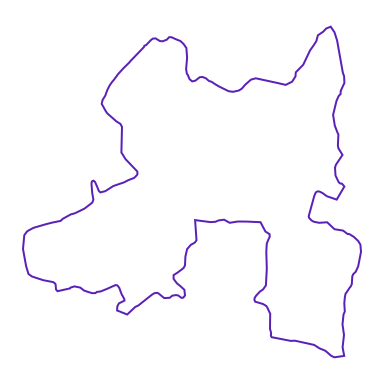 outline of Cuilapa, Santa Rosa, Guatemala
{"feature_id": "79465075B18848858610216", "entity_name": "Cuilapa", "entity_type": "district", "adm_level": 2, "iso_a3": "GTM", "parent_name": "Guatemala", "parent_adm1": "Santa Rosa", "projection": "natural_earth1", "projection_center": [-90.29, 14.248], "detail": "fine", "context": "isolated", "style": "outline", "palette": "violet", "viewbox_px": 384, "rotation_deg": 0, "n_neighbors": 0, "source": "geoboundaries", "source_scale": "gbopen_adm2", "svg_char_len": 3337}
<svg xmlns="http://www.w3.org/2000/svg" viewBox="0 0 384 384"><path d="M28.5,274.0L32.0,276.5L43.3,280.2L53.2,282.1L55.2,283.6L55.6,284.5L56.0,289.4L57.5,291.2L70.0,288.4L70.5,287.6L74.5,286.4L80.3,287.6L84.1,290.6L91.8,293.1L95.4,293.1L96.9,291.9L100.5,291.5L106.7,289.0L115.4,285.1L117.4,285.4L119.3,287.9L119.8,289.3L120.7,291.8L121.9,294.8L123.0,296.5L123.6,297.9L124.3,299.1L124.5,300.6L118.9,303.4L117.3,306.5L117.1,310.5L127.2,314.5L135.3,306.9L138.2,305.6L150.4,295.9L151.6,295.0L152.5,294.3L153.8,293.6L154.8,293.1L156.1,292.9L157.4,292.9L158.5,293.4L164.2,298.1L169.7,297.8L172.2,295.7L175.9,295.1L178.1,295.4L181.5,297.9L183.3,297.6L185.0,295.5L184.4,289.8L180.0,285.8L176.9,283.3L174.4,280.0L173.6,278.8L173.6,275.1L177.4,272.7L183.5,268.1L185.0,265.4L185.4,256.6L187.1,249.1L189.4,246.5L190.8,244.8L194.7,242.7L196.5,240.3L195.1,220.1L210.4,222.1L215.4,221.8L218.7,220.4L224.1,219.7L229.7,222.8L237.8,221.5L247.3,221.6L260.5,222.2L265.4,231.5L269.6,234.2L269.7,236.8L268.5,239.3L266.8,243.4L266.3,251.6L266.8,268.8L265.9,285.4L263.0,289.5L260.0,291.5L256.1,295.7L254.7,297.8L254.4,299.9L255.2,301.7L263.0,304.0L266.3,306.0L267.3,307.5L270.2,313.8L270.0,328.9L271.1,332.8L270.9,335.9L271.7,337.2L290.8,340.9L294.9,340.7L314.1,344.9L319.4,348.3L325.3,350.7L331.3,355.9L334.4,357.3L344.2,355.9L342.6,347.3L344.0,334.9L342.5,324.4L343.5,314.6L344.8,311.5L344.3,303.1L344.9,296.9L345.5,293.9L346.9,291.9L349.8,287.5L350.8,286.4L351.8,284.1L352.3,276.3L353.3,274.1L355.7,271.8L358.2,266.3L361.0,251.9L360.4,244.6L358.2,241.0L354.0,237.0L349.4,234.1L347.6,234.0L343.1,230.6L334.5,229.2L327.2,222.3L319.0,222.8L313.7,221.7L311.6,220.5L309.2,218.0L308.7,216.2L311.7,205.3L314.2,196.2L315.4,193.2L316.4,191.9L317.2,191.5L318.2,191.4L319.6,191.6L322.6,193.1L326.8,196.2L336.7,199.6L344.4,186.5L341.9,183.6L340.2,183.5L338.7,182.2L335.5,175.5L335.0,167.6L335.9,164.8L342.5,154.9L338.4,148.3L337.9,145.5L338.4,134.4L337.6,132.9L334.8,125.6L333.1,114.9L336.5,100.9L338.6,96.1L340.6,94.0L340.7,91.0L343.1,85.7L344.4,83.0L344.1,76.2L342.9,73.0L337.1,40.5L334.5,32.3L330.7,26.7L326.1,28.6L323.2,31.7L317.9,35.3L316.3,41.2L313.4,45.7L310.1,50.3L303.2,64.8L295.8,72.3L295.5,76.4L292.1,81.7L285.7,84.9L277.1,82.9L255.8,78.3L251.0,79.6L245.0,84.9L241.9,88.6L238.9,90.5L233.1,91.8L228.6,91.2L218.9,86.4L215.0,84.1L211.6,81.8L209.0,81.0L205.9,78.3L202.6,77.0L199.8,77.2L195.3,80.7L192.2,81.4L189.6,79.2L189.1,78.1L187.8,74.9L186.9,73.8L186.1,69.2L187.1,57.8L186.4,48.1L183.6,44.0L180.4,41.0L177.0,39.7L171.4,37.2L169.1,37.2L166.8,39.7L162.5,41.3L159.8,41.0L155.6,38.4L152.9,38.6L151.1,39.9L146.0,45.2L144.4,45.7L143.9,47.1L133.7,57.7L130.4,61.1L129.5,62.3L123.1,68.6L117.4,74.9L116.9,75.8L113.6,80.2L112.6,81.3L109.7,85.3L107.5,89.7L105.8,94.0L105.4,95.5L102.6,99.9L101.7,103.9L105.9,111.4L107.3,113.4L116.4,121.4L120.4,123.9L122.0,126.9L121.4,152.5L125.5,159.1L127.8,161.5L137.3,171.5L137.5,173.9L136.9,175.1L135.4,176.7L134.0,178.0L128.4,180.1L124.0,182.4L115.1,185.4L113.2,186.1L105.2,191.2L100.4,192.4L99.1,191.2L98.6,190.5L97.4,187.3L95.1,182.1L94.1,181.1L93.4,180.7L92.1,181.3L91.7,182.2L91.5,183.8L92.2,192.8L93.4,199.5L92.3,202.6L84.5,208.6L74.6,213.4L71.0,214.3L62.8,218.8L60.6,220.9L51.8,222.7L46.3,224.1L33.6,227.8L29.2,230.1L26.9,231.6L24.3,235.2L23.0,249.0L26.1,266.1L28.5,274.0Z" fill="none" stroke="#5b21b6" stroke-width="2"/></svg>